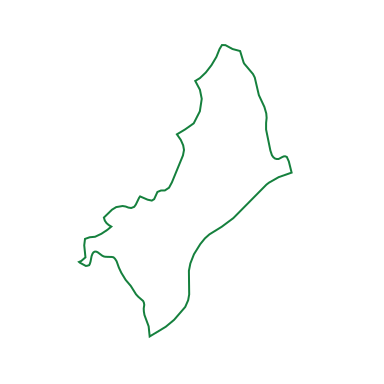 outline of Central, rotated 15°
{"feature_id": "PRY-607", "entity_name": "Central", "entity_type": "Department", "adm_level": 1, "iso_a3": "PRY", "parent_name": "Paraguay", "parent_adm1": "", "projection": "natural_earth1", "projection_center": [-57.553, -25.559], "detail": "fine", "context": "isolated", "style": "outline", "palette": "green", "viewbox_px": 384, "rotation_deg": 15, "n_neighbors": 0, "source": "natural_earth", "source_scale": "10m", "svg_char_len": 1646}
<svg xmlns="http://www.w3.org/2000/svg" viewBox="0 0 384 384"><g transform="rotate(15 192 192)"><path d="M151.1,210.9L155.4,210.7L157.3,208.7L158.6,200.9L161.6,198.6L165.4,197.5L168.7,193.8L170.1,187.9L173.8,159.0L173.4,153.5L171.4,149.2L167.7,144.6L162.5,140.2L169.0,133.5L175.9,125.2L178.7,112.0L177.3,99.5L173.2,91.2L166.4,83.9L170.2,79.9L174.4,73.0L178.0,64.4L180.6,55.2L181.6,46.8L182.9,42.3L186.3,41.5L194.1,43.4L202.0,43.4L208.3,53.5L209.2,54.5L220.4,62.3L223.0,65.2L231.5,81.1L239.9,91.1L243.4,96.9L244.9,101.1L245.7,106.1L247.4,112.5L257.0,131.7L259.7,135.8L261.5,137.3L263.5,138.2L265.4,138.2L267.1,137.7L268.1,136.8L270.1,134.9L271.5,133.8L272.7,133.4L274.5,133.6L277.6,137.4L283.2,147.5L271.9,155.2L263.9,163.1L262.0,165.6L238.7,206.5L229.7,217.9L219.8,228.4L216.5,233.4L213.5,240.1L210.0,251.6L208.9,261.4L209.4,268.9L215.8,291.7L216.3,297.5L215.2,304.8L207.8,320.1L201.5,329.0L188.5,342.5L184.9,333.0L177.9,323.1L176.4,319.8L175.5,317.0L175.1,313.4L174.2,311.4L173.0,309.9L167.4,307.2L164.5,305.4L157.2,298.6L150.7,294.1L144.6,288.3L140.9,283.9L137.1,278.4L134.9,276.4L133.1,275.4L131.4,275.5L125.5,276.9L123.8,277.1L121.9,276.8L116.4,274.6L114.9,274.4L113.6,274.7L112.5,275.7L111.9,277.2L111.6,279.9L112.0,285.5L111.9,287.9L111.6,289.3L110.0,290.3L108.6,290.9L102.0,289.3L101.0,288.8L102.9,287.3L106.0,282.7L101.7,271.4L100.8,265.0L104.9,262.2L110.0,260.3L115.3,255.8L120.0,250.5L123.0,246.3L120.0,245.4L117.4,244.1L115.2,242.2L113.5,239.5L119.3,229.8L122.7,226.2L128.6,223.5L131.7,223.2L134.6,223.5L137.4,223.2L140.0,221.3L141.0,218.7L142.4,211.3L143.0,209.7L151.1,210.9Z" fill="none" stroke="#15803d" stroke-width="2"/></g></svg>